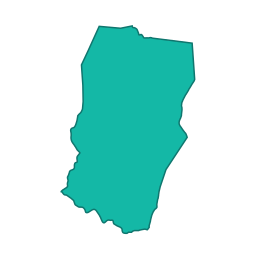 Santa Rita, Santa Bárbara, Honduras, rotated 173°
{"feature_id": "27666195B84919379327477", "entity_name": "Santa Rita", "entity_type": "district", "adm_level": 2, "iso_a3": "HND", "parent_name": "Honduras", "parent_adm1": "Santa Bárbara", "projection": "natural_earth1", "projection_center": [-88.257, 14.756], "detail": "fine", "context": "isolated", "style": "filled", "palette": "teal", "viewbox_px": 256, "rotation_deg": 173, "n_neighbors": 0, "source": "geoboundaries", "source_scale": "gbopen_adm2", "svg_char_len": 5602}
<svg xmlns="http://www.w3.org/2000/svg" viewBox="0 0 256 256"><g transform="rotate(173 128 128)"><path d="M54.0,204.4L92.8,214.2L93.3,214.5L93.7,214.7L94.0,214.8L94.3,214.9L94.7,215.0L95.3,215.0L95.5,215.0L95.9,214.9L96.0,214.9L96.7,214.9L98.7,215.2L100.2,215.3L100.7,215.4L101.1,215.5L101.3,215.6L102.3,217.7L102.5,218.1L102.8,218.6L103.1,218.9L103.3,219.1L103.7,219.2L104.1,219.2L104.7,219.0L105.2,219.0L105.6,219.1L105.8,219.2L105.9,219.4L105.9,219.7L106.0,220.0L105.9,220.4L106.1,221.2L106.9,224.2L107.0,224.5L107.1,224.8L107.4,225.2L107.7,225.5L108.2,226.0L108.9,226.5L109.4,226.7L109.7,226.9L110.0,226.9L110.3,226.9L110.5,227.0L110.8,227.1L111.0,227.2L111.1,227.4L111.2,227.7L111.3,227.9L111.4,228.4L111.4,228.8L123.2,227.9L144.2,232.4L158.0,209.8L166.5,196.3L167.6,175.8L169.3,159.7L170.8,152.7L171.0,152.1L171.6,151.0L172.2,150.1L172.7,149.4L173.1,149.0L173.4,148.7L173.7,148.5L174.5,147.9L175.1,147.5L176.0,146.6L176.2,146.3L176.4,146.2L176.5,145.7L176.8,144.6L177.0,144.0L177.6,141.9L177.8,141.4L178.8,139.1L179.5,137.6L179.7,137.3L180.4,136.2L180.8,135.7L181.2,135.4L181.3,135.2L181.5,135.2L181.8,135.0L182.5,134.9L183.2,134.7L184.0,134.5L184.1,134.4L184.4,134.1L184.8,133.8L185.0,133.4L185.1,133.0L185.2,132.6L185.2,132.2L185.2,131.5L185.1,130.0L185.1,129.2L185.2,128.4L185.3,127.5L185.6,126.2L185.7,125.7L185.8,124.6L185.8,124.0L185.7,123.3L185.7,122.7L185.5,122.1L185.4,121.7L185.2,121.0L184.7,120.0L184.5,119.5L183.9,118.5L183.6,118.0L183.0,116.7L182.8,116.3L182.4,115.6L182.3,115.4L182.1,114.9L181.6,113.7L181.0,112.3L180.8,112.1L179.0,109.7L178.9,109.6L178.8,109.4L178.8,109.2L178.9,108.9L179.1,108.7L181.6,106.2L181.8,105.9L181.9,105.7L182.1,105.4L182.2,105.0L182.3,104.6L182.3,104.3L182.4,103.8L182.4,102.4L182.4,101.2L182.5,100.9L182.6,100.6L182.7,100.4L183.1,100.2L183.5,100.1L184.1,100.0L184.5,99.9L184.7,99.7L184.8,99.6L185.0,99.4L185.2,99.1L185.4,98.6L185.7,97.9L185.8,97.2L185.9,96.0L186.0,95.5L186.2,94.8L186.3,94.6L186.4,94.4L186.6,94.2L186.8,94.0L187.1,93.7L188.1,93.4L190.3,92.8L190.6,92.6L191.0,92.2L191.4,91.7L191.5,91.4L191.7,90.8L191.8,90.5L192.0,90.2L192.2,89.8L192.3,89.6L192.6,88.9L192.9,88.4L193.2,87.9L193.6,87.3L193.8,87.0L194.0,86.7L194.1,86.3L194.1,85.9L194.1,85.6L194.1,84.9L193.9,84.1L193.9,83.7L193.9,83.3L193.9,82.8L194.0,82.5L194.2,82.1L194.4,81.7L194.7,81.0L194.9,80.2L195.0,79.9L195.0,79.5L195.0,79.1L195.0,78.3L195.0,78.0L195.1,77.5L195.2,77.4L195.3,77.2L195.5,77.0L195.7,76.7L196.0,76.6L196.6,76.2L197.0,76.0L197.9,75.6L199.2,74.9L199.9,74.6L200.2,74.5L201.9,73.3L202.0,73.2L202.0,72.9L201.9,72.9L201.5,72.7L201.4,72.6L201.2,72.4L201.1,72.2L200.6,71.3L200.3,70.8L200.0,70.3L199.7,69.9L199.2,69.5L198.9,69.4L198.6,69.2L198.2,69.1L197.8,69.1L197.6,69.1L197.4,69.0L197.2,68.9L195.2,67.1L193.1,65.2L192.3,64.3L191.4,63.3L191.1,63.0L190.8,62.6L190.7,62.3L190.6,61.8L190.4,60.8L190.1,59.3L190.0,58.9L189.8,58.5L189.6,58.1L189.4,57.9L187.1,56.0L186.8,55.8L186.5,55.6L186.2,55.5L185.9,55.4L184.8,55.3L183.7,55.1L183.4,55.0L183.0,54.9L182.6,54.7L182.2,54.5L182.0,54.2L181.7,53.9L181.3,53.3L181.0,52.7L180.8,52.2L180.6,51.7L180.5,50.7L180.3,50.0L180.2,49.5L180.1,49.4L179.6,49.1L179.2,49.0L178.4,49.0L177.9,49.1L177.2,49.4L176.7,49.6L175.1,50.4L174.2,50.8L173.2,51.2L172.3,51.4L172.1,51.4L171.7,51.4L171.2,51.3L170.7,51.0L170.2,50.6L169.8,50.2L169.5,49.7L167.3,45.4L167.0,44.8L166.8,44.1L166.3,42.9L165.4,39.7L164.9,38.2L164.7,37.9L164.5,37.6L164.3,37.3L164.0,37.1L163.7,36.9L163.2,36.8L162.9,36.9L162.5,37.1L162.1,37.3L161.0,38.1L160.7,38.4L160.3,38.6L160.1,38.7L159.8,38.8L159.4,38.9L158.9,39.0L158.2,39.0L157.6,38.8L157.0,38.6L156.6,38.5L155.7,38.5L155.4,38.5L154.9,38.4L154.7,38.3L154.6,38.2L154.4,38.1L154.4,37.9L154.2,37.6L154.1,37.3L154.0,36.9L154.0,36.6L154.0,36.4L154.1,35.9L154.0,35.6L153.9,35.3L153.8,34.9L153.7,34.6L152.2,33.4L151.0,32.4L149.7,31.6L148.3,30.8L148.0,30.6L147.6,30.3L147.2,29.9L147.0,29.7L146.7,29.4L146.5,28.9L146.4,28.6L146.3,28.3L146.2,27.9L146.3,27.2L146.3,26.7L146.2,26.1L146.0,25.3L145.8,25.0L145.6,24.7L145.4,24.5L145.2,24.4L144.8,24.2L143.9,23.9L142.9,23.7L142.1,23.6L141.8,23.6L141.3,23.9L140.6,24.2L140.1,24.5L139.9,24.5L139.7,24.5L139.0,24.3L138.3,24.2L137.4,24.1L137.1,24.1L136.8,24.4L136.6,24.6L136.0,24.9L135.3,25.2L134.6,25.3L134.0,25.4L133.1,25.3L130.8,25.0L129.8,24.9L129.5,25.1L129.0,25.2L127.2,25.4L123.8,25.6L123.5,25.5L123.0,25.4L122.7,25.3L122.3,25.0L121.9,24.9L121.6,24.8L121.1,24.7L119.3,26.6L119.1,26.8L119.1,27.0L119.0,27.6L119.0,28.0L118.9,28.5L118.6,29.2L117.3,32.3L117.1,32.8L116.9,33.6L116.8,34.0L115.4,37.6L115.0,38.6L114.1,40.2L113.7,40.9L113.2,41.7L112.6,42.4L112.1,43.1L111.5,43.7L110.9,44.2L110.7,44.4L110.0,44.7L109.7,45.0L109.3,45.4L109.1,45.6L109.0,45.8L108.9,46.1L108.8,47.5L108.7,48.8L108.6,49.1L107.3,53.4L107.2,53.7L107.0,54.0L106.8,54.3L106.5,55.3L106.2,56.3L105.9,57.3L105.8,58.0L105.5,59.1L105.3,59.8L105.0,61.0L104.6,62.0L103.2,65.8L95.4,82.1L70.4,111.5L70.6,112.6L70.8,113.5L71.1,114.6L71.3,115.3L71.6,115.9L72.1,116.5L72.5,117.2L73.6,119.1L74.2,120.2L75.2,122.2L76.0,123.6L76.3,124.3L76.5,124.9L76.7,125.7L76.7,126.4L76.7,126.7L76.6,127.2L76.5,127.8L76.3,128.3L76.1,128.9L75.4,130.2L74.5,131.6L74.2,132.3L73.8,133.1L73.5,133.7L73.4,134.4L72.9,136.6L72.4,138.6L72.2,139.5L72.1,140.4L72.0,141.8L72.1,142.4L72.2,143.2L72.2,143.4L72.2,143.7L72.0,144.5L71.8,145.3L71.5,146.6L71.3,147.0L71.1,147.2L70.7,147.9L70.2,148.9L69.9,149.4L67.1,153.5L66.8,153.9L66.3,154.4L66.0,154.8L64.1,157.2L63.4,158.1L63.2,158.4L63.0,158.8L62.8,159.1L62.1,159.9L60.9,161.4L59.4,163.4L58.3,164.7L57.0,166.2L56.7,166.6L56.4,167.1L55.9,168.1L54.0,204.4Z" fill="#14b8a6" stroke="#0f766e" stroke-width="1.5"/></g></svg>